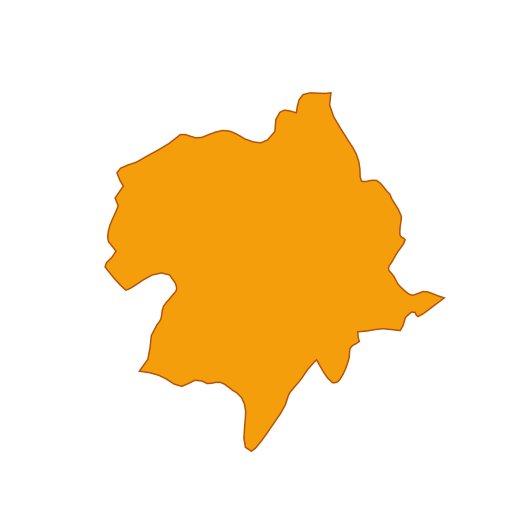 map outline of Morelos (Robinson projection), rotated 49°
{"feature_id": "MEX-2732", "entity_name": "Morelos", "entity_type": "State", "adm_level": 1, "iso_a3": "MEX", "parent_name": "Mexico", "parent_adm1": "", "projection": "robinson", "projection_center": [-99.0, 18.746], "detail": "fine", "context": "isolated", "style": "filled", "palette": "amber", "viewbox_px": 512, "rotation_deg": 49, "n_neighbors": 0, "source": "natural_earth", "source_scale": "10m", "svg_char_len": 3204}
<svg xmlns="http://www.w3.org/2000/svg" viewBox="0 0 512 512"><g transform="rotate(49 256 256)"><path d="M411.1,141.4L410.7,148.0L410.2,154.5L409.8,161.1L409.3,167.7L408.0,173.5L405.7,173.8L402.9,173.0L400.3,175.4L400.4,183.6L404.8,190.3L406.9,196.1L400.6,201.8L394.3,207.7L389.5,214.6L385.1,221.9L380.0,228.9L381.9,230.4L383.9,231.9L386.1,233.1L388.3,234.0L388.2,235.0L388.0,236.1L387.9,237.1L387.8,238.2L387.0,241.1L387.0,243.8L387.8,246.1L389.5,248.1L390.6,249.1L391.6,250.1L392.7,251.2L393.7,252.2L397.0,257.2L400.0,262.6L402.5,268.2L404.3,274.1L404.5,276.3L404.1,278.2L403.2,279.9L401.8,281.4L395.0,282.0L388.0,281.2L380.8,279.8L374.0,278.4L374.4,282.5L374.9,286.7L375.5,290.8L376.4,294.9L378.1,301.0L379.3,307.2L380.2,313.5L381.2,319.8L381.6,320.8L382.0,321.8L382.4,322.8L382.9,323.7L387.5,331.3L390.9,340.7L393.5,350.6L395.8,359.6L397.4,365.7L399.4,374.4L400.7,382.6L400.3,387.6L393.5,389.5L385.6,384.7L377.9,377.1L371.7,370.7L366.6,365.8L360.3,361.9L353.5,359.8L346.9,360.2L342.3,361.7L337.2,362.7L332.3,363.8L328.1,365.7L325.1,369.1L322.9,373.0L320.3,376.5L316.1,378.3L315.8,378.4L315.6,378.5L315.3,378.5L315.1,378.6L309.7,383.6L307.9,390.7L305.7,397.5L299.0,401.8L289.5,404.5L281.6,408.0L274.2,412.9L266.4,419.6L263.0,405.3L255.4,395.8L247.4,387.2L242.9,375.7L242.1,371.6L240.7,368.4L238.6,365.8L236.1,363.1L233.4,359.1L232.2,354.4L231.6,349.3L230.7,344.1L230.2,339.9L228.7,337.4L226.3,335.8L223.1,334.6L213.6,333.7L206.7,338.5L202.2,346.9L200.0,356.9L199.4,362.1L198.7,367.5L197.8,372.6L196.4,376.7L188.6,377.5L180.8,377.7L173.1,377.5L165.2,377.1L162.9,373.2L162.4,365.2L160.5,358.5L153.8,358.1L148.6,358.0L144.1,355.3L140.2,350.9L137.0,346.1L134.5,341.2L132.2,336.1L129.9,331.2L127.6,327.0L119.8,324.3L117.9,317.1L116.3,310.3L109.4,309.0L102.0,306.4L100.9,300.6L103.2,293.2L106.3,285.8L106.4,285.4L106.5,285.1L106.6,284.7L106.8,284.4L109.2,272.2L111.9,260.0L114.0,247.9L114.7,236.1L114.7,235.4L114.7,234.8L114.6,234.2L114.6,233.6L117.8,229.8L122.5,227.0L127.4,223.9L131.0,219.0L133.3,212.3L135.9,205.3L139.3,198.9L144.0,194.3L147.8,192.2L151.8,190.5L155.9,189.0L160.0,187.8L168.3,183.1L173.8,178.1L176.0,171.0L174.4,160.1L172.3,157.9L170.2,155.8L168.1,153.6L166.0,151.4L163.2,143.7L164.5,138.9L168.7,135.3L174.4,131.6L169.9,126.3L166.2,120.6L165.1,114.5L168.5,108.0L172.1,104.2L175.7,100.4L179.2,96.5L182.0,92.4L190.3,101.4L202.1,106.1L214.8,108.4L226.4,110.2L229.1,110.6L231.8,111.0L234.5,111.4L237.3,111.7L244.7,113.4L251.8,116.3L258.4,120.4L264.6,125.5L268.9,127.3L272.0,124.1L274.7,119.1L277.9,115.5L282.3,114.4L287.4,114.4L292.5,114.7L297.2,114.4L302.0,116.1L308.0,117.0L314.2,118.0L320.0,119.8L320.7,120.1L321.3,120.4L322.0,120.7L322.5,121.2L325.4,124.4L328.3,127.8L331.4,131.0L334.6,133.6L337.2,133.9L339.6,132.8L341.6,132.8L343.4,136.2L343.8,137.4L344.1,138.7L344.4,139.9L344.7,141.2L345.5,144.8L346.5,148.4L347.7,151.9L349.0,155.4L349.2,156.1L349.4,156.8L349.7,157.6L349.9,158.3L350.7,161.8L352.2,164.1L354.5,165.2L357.6,165.1L362.0,165.3L366.0,166.3L370.0,167.2L374.2,167.2L379.7,166.6L384.6,165.8L388.4,163.6L390.5,158.6L392.4,153.3L395.8,149.9L400.3,147.4L405.3,144.9L406.7,144.0L408.2,143.1L409.7,142.3L411.1,141.4Z" fill="#f59e0b" stroke="#b45309" stroke-width="1.5"/></g></svg>